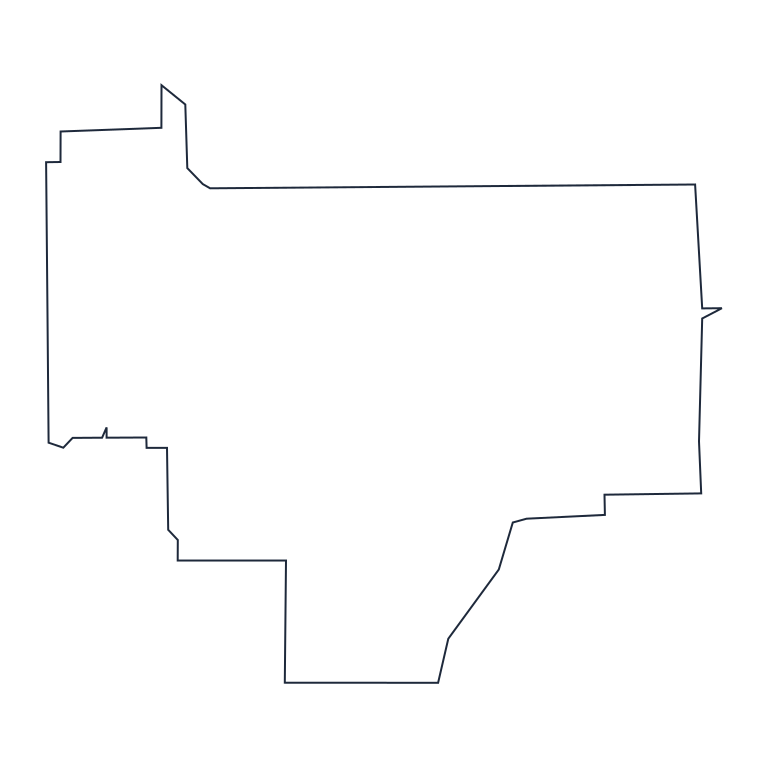 Bullock, Alabama, United States of America (Natural Earth projection)
{"feature_id": "52423323B93681408672805", "entity_name": "Bullock", "entity_type": "district", "adm_level": 2, "iso_a3": "USA", "parent_name": "United States of America", "parent_adm1": "Alabama", "projection": "natural_earth1", "projection_center": [-85.782, 32.093], "detail": "fine", "context": "isolated", "style": "outline", "palette": "slate", "viewbox_px": 768, "rotation_deg": 0, "n_neighbors": 0, "source": "geoboundaries", "source_scale": "gbopen_adm2", "svg_char_len": 587}
<svg xmlns="http://www.w3.org/2000/svg" viewBox="0 0 768 768"><path d="M137.7,128.7L60.6,131.5L60.5,162.0L46.1,162.2L47.5,315.3L48.6,442.7L63.3,447.7L72.6,437.9L102.1,437.7L106.6,427.4L106.6,437.7L146.3,437.5L146.6,447.9L167.0,447.9L168.2,529.8L177.8,540.0L177.7,560.5L286.0,560.5L284.8,682.7L438.1,682.8L448.3,638.7L498.8,569.5L512.8,522.5L526.6,518.7L604.9,514.9L604.5,494.7L701.2,493.4L699.0,441.4L702.2,318.5L721.9,308.2L702.2,308.4L695.1,184.5L210.1,188.3L202.8,184.1L187.3,168.1L185.3,104.5L161.5,85.2L161.4,127.8L137.7,128.7Z" fill="none" stroke="#1e293b" stroke-width="2"/></svg>